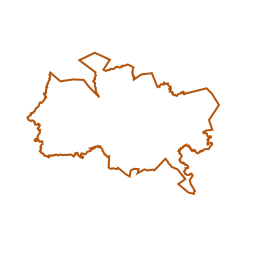 the district of Urique, Chihuahua, Mexico, rotated 254°
{"feature_id": "50627088B80503012835519", "entity_name": "Urique", "entity_type": "district", "adm_level": 2, "iso_a3": "MEX", "parent_name": "Mexico", "parent_adm1": "Chihuahua", "projection": "albers", "projection_center": [-107.976, 27.219], "detail": "fine", "context": "isolated", "style": "outline", "palette": "amber", "viewbox_px": 256, "rotation_deg": 254, "n_neighbors": 0, "source": "geoboundaries", "source_scale": "gbopen_adm2", "svg_char_len": 5789}
<svg xmlns="http://www.w3.org/2000/svg" viewBox="0 0 256 256"><g transform="rotate(254 128 128)"><path d="M46.5,173.2L48.0,173.5L48.8,174.4L48.9,175.0L56.6,172.9L61.0,173.0L61.5,173.9L62.9,175.0L63.4,176.1L64.5,177.1L65.6,176.4L66.2,176.7L66.8,176.1L66.7,174.8L66.1,174.1L66.0,173.5L66.6,171.8L67.5,171.1L67.9,170.3L69.8,170.2L70.6,169.8L72.4,172.2L73.5,172.1L73.1,174.8L74.5,175.3L76.6,173.9L76.8,173.0L77.4,172.8L77.4,172.4L78.9,172.1L78.8,171.6L79.4,171.5L79.3,170.6L79.8,170.5L79.7,170.1L81.4,168.8L82.3,169.3L82.9,168.6L83.3,168.6L85.1,171.0L86.4,172.0L88.7,171.3L89.0,170.5L89.4,170.3L89.8,170.8L90.6,170.7L91.0,171.2L91.3,171.1L92.0,170.1L92.9,170.9L92.8,171.6L93.4,172.3L92.8,172.2L92.8,172.7L93.7,173.7L93.9,174.9L94.4,175.4L94.3,175.9L95.1,176.1L95.0,176.7L95.7,178.2L95.4,178.3L95.4,179.0L95.0,179.3L95.4,179.7L94.5,179.8L94.0,180.8L94.2,181.4L93.8,181.3L93.8,181.5L92.8,182.0L92.3,181.9L92.3,182.5L91.9,182.6L91.4,182.1L90.7,182.7L90.1,182.6L90.2,182.1L89.8,182.7L89.5,182.7L89.5,183.3L88.5,183.3L88.6,185.0L87.8,184.7L87.9,186.3L86.4,186.5L85.1,187.1L84.5,187.7L84.4,188.9L85.4,190.1L85.3,191.2L85.7,191.4L85.3,191.8L85.8,192.3L85.5,192.7L85.4,193.7L86.3,194.4L86.5,195.1L86.5,196.1L86.0,197.0L86.1,197.8L85.5,199.8L87.4,201.7L88.3,203.4L89.1,204.3L90.4,204.5L90.9,204.0L91.1,203.3L90.0,200.1L90.2,199.8L92.1,200.5L93.7,202.1L94.3,201.8L94.6,201.2L95.4,201.6L96.0,204.7L96.4,205.4L96.9,205.4L97.5,204.8L97.4,202.9L98.4,202.1L100.7,202.3L101.2,201.7L102.4,199.2L103.1,199.2L103.6,199.7L103.5,201.7L104.0,202.2L103.1,208.6L113.3,208.0L125.0,221.8L137.9,218.1L144.5,214.5L145.2,194.1L145.4,193.5L145.4,192.7L144.9,192.4L145.0,191.1L146.4,190.5L147.1,191.4L147.7,190.8L147.6,189.3L146.9,188.9L146.6,185.3L145.4,183.9L146.3,182.6L146.6,182.6L146.5,182.2L146.9,181.4L146.7,180.6L146.8,180.9L148.6,180.2L148.8,180.7L149.3,180.8L149.6,180.6L149.5,180.3L150.1,180.0L150.5,180.2L151.4,178.3L152.2,179.1L152.5,179.0L152.9,179.3L153.4,178.4L153.9,178.4L153.9,179.2L154.6,179.1L154.4,180.0L155.1,179.9L155.7,180.4L158.0,178.4L159.9,178.6L159.9,176.5L161.6,175.0L159.9,174.3L161.0,171.6L160.3,170.9L159.7,169.9L158.8,169.6L159.8,168.3L159.4,167.6L174.1,166.0L175.8,155.5L172.9,146.9L173.8,147.0L175.2,148.0L175.6,147.6L176.0,147.8L176.3,147.2L176.8,147.3L177.6,147.1L178.5,147.6L179.6,147.2L179.9,147.6L181.0,147.7L181.7,148.4L183.6,149.0L184.6,149.9L184.7,149.6L186.8,148.1L187.1,147.5L188.4,146.3L189.2,144.9L189.2,144.5L188.7,143.9L189.2,140.8L188.6,139.6L189.2,139.3L189.1,138.8L188.3,137.4L188.7,135.9L189.6,135.2L190.0,133.9L190.0,133.1L189.3,132.5L188.8,130.1L188.9,129.4L189.7,127.7L189.5,127.1L188.8,126.4L189.3,125.0L189.2,124.1L188.8,123.4L189.2,122.0L190.2,121.2L190.5,120.5L190.8,120.4L198.6,129.4L209.5,116.8L206.6,99.9L190.5,112.1L189.4,111.4L187.2,111.6L186.5,110.5L185.0,109.5L184.6,110.0L183.7,109.6L183.4,108.3L182.9,107.7L182.1,107.5L181.7,107.5L180.8,108.7L180.2,108.8L178.1,107.8L176.9,107.7L175.6,108.1L175.0,107.7L173.5,107.7L171.6,106.9L171.2,107.4L170.7,107.3L169.6,107.9L167.5,108.1L166.6,108.7L166.3,108.5L178.1,101.9L186.4,98.7L189.8,88.8L191.5,75.9L202.7,68.6L200.6,67.1L199.0,67.6L197.3,66.0L196.9,66.4L196.3,66.4L195.1,64.8L193.1,63.4L193.0,62.9L192.3,62.9L191.2,61.4L189.5,61.6L189.2,60.4L188.1,60.4L187.6,60.0L186.4,59.7L185.7,58.9L184.3,59.0L183.8,57.7L184.4,56.9L184.0,56.5L183.5,56.5L182.8,57.3L181.9,57.1L181.1,57.8L180.1,57.9L179.5,56.9L179.7,56.6L179.0,56.4L178.8,55.8L178.0,55.3L177.9,54.7L176.9,53.6L176.9,53.3L176.1,52.7L176.1,51.4L176.8,50.7L175.6,49.4L174.0,48.4L172.9,47.0L172.6,45.5L171.3,44.0L170.1,43.2L170.0,42.6L168.8,41.2L168.7,40.2L169.2,40.0L168.8,38.5L167.2,38.3L167.0,36.7L166.5,36.0L166.3,35.1L165.7,34.8L165.6,34.2L163.0,34.8L162.6,35.5L161.6,36.1L161.4,36.5L161.8,37.6L161.0,39.2L160.6,39.2L160.0,39.8L159.8,39.9L159.1,39.4L158.3,39.9L157.0,39.7L156.4,40.8L156.6,41.5L156.5,41.9L156.9,42.8L156.0,43.8L155.3,43.1L154.4,43.8L153.5,42.7L153.2,41.9L152.1,40.9L151.8,41.0L151.2,41.8L150.5,41.9L150.4,42.3L150.6,42.8L150.4,43.0L150.1,43.0L149.6,42.0L148.1,42.3L145.2,38.9L144.3,38.6L143.7,38.7L143.0,37.7L143.0,35.9L142.4,35.1L141.7,34.8L141.0,35.3L140.9,36.0L140.8,37.2L141.1,38.7L140.6,38.6L139.2,39.2L139.1,40.9L138.5,42.7L138.5,41.8L138.1,41.5L136.0,41.4L135.5,39.9L134.1,38.6L133.3,39.1L132.7,38.9L132.2,38.3L131.9,38.5L131.1,38.1L130.2,36.9L129.5,37.5L128.8,37.4L128.4,38.0L127.6,38.1L127.1,39.1L126.4,39.2L126.0,39.8L124.6,39.9L123.7,41.7L123.4,41.7L122.5,43.1L121.6,43.7L122.1,44.5L122.6,44.5L122.5,43.9L123.3,43.9L123.5,44.8L122.3,47.2L122.6,48.1L122.0,49.2L122.3,49.7L122.0,50.5L122.4,51.6L120.9,53.1L121.3,54.7L120.9,55.1L120.9,56.4L120.4,56.9L119.8,58.1L119.8,59.7L119.3,60.3L119.2,61.3L118.4,63.6L118.7,64.9L117.5,66.7L115.6,67.9L115.8,68.7L116.8,69.1L117.2,70.0L118.4,70.5L118.0,71.6L118.2,72.4L117.6,72.7L117.2,72.2L116.6,72.2L113.2,74.0L112.8,74.3L112.2,75.8L111.6,76.2L111.8,76.6L112.6,76.7L113.0,76.2L115.1,75.2L115.8,75.5L116.3,76.1L116.2,77.1L115.7,78.0L114.7,78.8L114.5,80.1L116.4,82.3L116.2,83.8L116.4,84.4L116.3,85.8L116.8,85.9L117.0,86.4L118.0,86.3L117.9,87.3L118.5,86.7L118.4,87.2L118.7,87.4L118.4,87.7L118.4,88.3L117.9,87.9L117.7,88.2L118.0,88.5L117.9,88.9L118.4,89.2L117.9,89.8L118.1,89.9L118.6,89.6L118.6,90.3L119.0,90.3L118.8,91.3L119.0,91.8L118.6,91.8L118.8,92.3L118.4,93.5L119.0,94.2L118.2,94.6L118.3,95.2L118.0,95.5L117.7,95.4L117.9,96.3L116.6,96.4L114.9,97.5L113.5,97.1L112.6,97.7L110.0,98.0L109.4,98.5L108.9,98.3L108.3,99.2L105.8,100.3L106.0,102.1L95.3,98.5L93.5,100.2L93.3,101.1L93.5,102.2L91.6,106.0L92.5,107.4L83.9,113.4L81.0,116.3L86.4,118.9L87.1,122.7L85.4,126.9L81.9,124.7L83.7,132.5L81.9,134.8L81.0,141.0L80.1,141.4L80.6,142.7L88.1,155.5L84.5,157.1L83.5,156.9L80.6,158.5L78.6,159.2L74.5,164.3L63.1,169.0L60.3,160.9L49.4,168.2L46.5,173.2Z" fill="none" stroke="#b45309" stroke-width="2"/></g></svg>